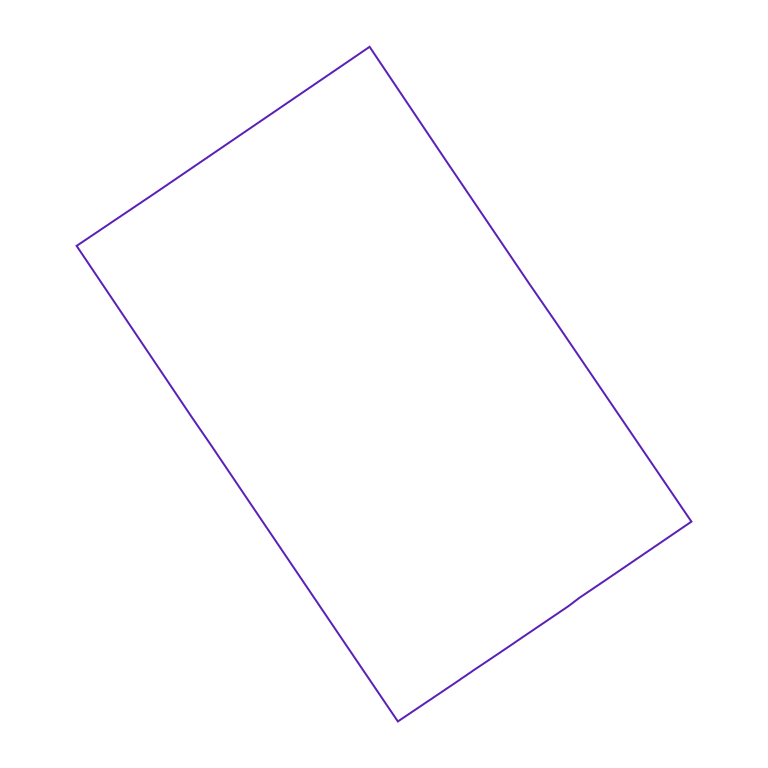 Pike, Mississippi, United States of America, rotated 326°
{"feature_id": "52423323B41002783843524", "entity_name": "Pike", "entity_type": "district", "adm_level": 2, "iso_a3": "USA", "parent_name": "United States of America", "parent_adm1": "Mississippi", "projection": "equal_earth", "projection_center": [-90.423, 31.175], "detail": "fine", "context": "isolated", "style": "outline", "palette": "violet", "viewbox_px": 768, "rotation_deg": 326, "n_neighbors": 0, "source": "geoboundaries", "source_scale": "gbopen_adm2", "svg_char_len": 510}
<svg xmlns="http://www.w3.org/2000/svg" viewBox="0 0 768 768"><g transform="rotate(326 384 384)"><path d="M206.4,97.6L206.1,304.5L206.4,337.1L206.4,408.9L206.6,575.0L206.8,671.5L281.9,671.6L282.9,671.5L293.5,671.5L295.2,671.5L297.5,671.4L319.0,671.5L336.4,671.5L337.4,671.5L342.8,671.5L355.7,671.4L361.5,671.4L412.8,671.3L426.6,670.5L453.9,670.5L455.4,670.5L561.9,670.0L561.0,429.5L560.5,382.6L560.3,239.9L560.3,225.8L560.6,96.4L303.0,97.7L206.4,97.6Z" fill="none" stroke="#5b21b6" stroke-width="2"/></g></svg>